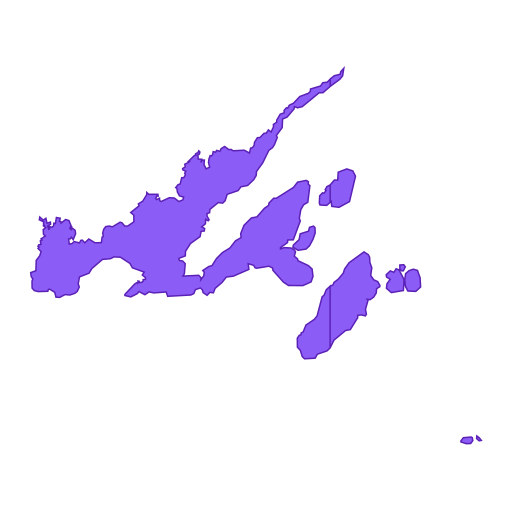 Cakaudrove, Northern, Fiji (Robinson projection)
{"feature_id": "14151628B95966095088914", "entity_name": "Cakaudrove", "entity_type": "district", "adm_level": 2, "iso_a3": "FJI", "parent_name": "Fiji", "parent_adm1": "Northern", "projection": "robinson", "projection_center": [179.503, -16.697], "detail": "fine", "context": "isolated", "style": "filled", "palette": "violet", "viewbox_px": 512, "rotation_deg": 0, "n_neighbors": 0, "source": "geoboundaries", "source_scale": "gbopen_adm2", "svg_char_len": 6038}
<svg xmlns="http://www.w3.org/2000/svg" viewBox="0 0 512 512"><path d="M56.0,297.2L59.7,297.4L65.0,294.6L69.9,295.0L74.9,293.3L77.2,291.5L79.3,287.0L78.2,283.9L79.5,276.9L89.0,273.2L91.9,268.5L102.5,259.4L110.4,258.7L114.0,256.9L120.4,257.2L129.9,263.4L132.4,267.8L144.2,272.1L142.3,275.0L145.5,277.7L145.4,279.4L143.1,279.6L143.1,281.3L141.9,282.3L136.7,282.7L134.7,284.0L124.9,294.4L124.9,295.5L130.8,296.9L137.2,293.7L139.0,291.6L144.9,294.7L149.1,291.9L153.6,292.9L166.2,292.0L167.7,296.3L190.9,295.0L193.8,293.6L195.4,289.6L200.4,288.0L202.4,289.9L203.1,292.6L207.1,295.3L209.8,292.4L213.4,292.8L215.1,288.4L222.1,282.4L226.4,277.0L233.2,276.2L248.9,269.4L248.2,263.7L253.6,265.3L255.2,267.9L256.9,268.2L269.0,266.2L272.7,268.1L272.9,270.3L283.4,282.1L288.5,285.5L302.9,285.6L311.1,281.9L313.0,276.4L312.1,269.0L308.4,265.6L298.0,260.7L297.5,258.8L294.3,256.2L295.5,251.8L294.4,250.0L291.0,248.0L284.3,247.6L280.5,248.9L280.5,247.6L287.5,242.6L287.7,240.0L293.3,239.8L300.3,220.9L299.3,218.4L300.8,209.7L303.6,204.8L307.8,202.3L309.9,185.6L308.3,184.3L308.4,181.7L306.2,180.4L297.6,182.1L293.5,187.4L276.3,198.3L273.7,198.2L269.0,203.0L268.5,205.5L264.5,208.2L256.9,216.9L251.4,217.9L244.0,225.3L240.7,233.6L241.1,237.6L235.5,240.8L230.0,247.9L222.4,252.6L216.5,258.5L212.0,265.6L208.8,266.5L202.8,270.5L204.3,272.3L203.7,275.9L200.8,279.8L201.0,277.7L198.7,275.3L183.0,276.1L184.4,273.6L185.2,263.7L182.7,261.0L179.5,260.5L178.9,259.3L179.0,258.3L185.3,255.9L185.5,251.3L190.5,243.5L200.1,236.6L201.1,231.3L204.3,231.0L204.6,228.5L201.7,226.9L205.4,223.8L205.7,219.3L208.2,220.8L209.1,219.8L207.1,216.2L207.0,213.6L209.6,212.7L209.9,209.4L218.2,202.6L222.7,203.1L225.1,200.8L227.2,194.3L238.1,190.6L240.9,186.8L247.6,185.5L253.7,179.7L256.2,175.5L256.5,171.5L262.7,162.9L268.9,150.3L272.5,147.7L274.5,144.5L277.3,137.4L276.3,135.6L282.2,127.6L282.6,119.0L287.1,117.1L294.0,109.0L294.5,106.6L297.5,107.8L302.2,106.7L319.1,92.8L323.0,92.7L330.2,86.4L330.2,79.1L327.2,82.2L322.8,82.7L320.5,86.0L310.5,89.0L310.3,91.4L308.5,93.2L299.8,96.5L293.5,103.2L289.3,105.2L287.7,108.1L286.4,107.8L284.1,110.4L284.2,112.8L280.2,114.2L276.8,120.0L276.6,122.3L273.4,124.4L273.5,126.8L271.1,132.0L268.4,129.9L266.3,133.1L263.9,133.4L260.0,137.5L257.4,137.7L254.5,142.3L254.1,145.4L252.4,147.7L250.6,148.1L249.5,153.0L244.2,150.2L233.2,150.8L231.0,149.4L228.9,149.6L224.6,146.5L221.1,148.7L219.9,151.3L216.6,150.4L215.6,152.2L213.2,151.6L212.6,154.6L211.2,156.0L210.1,155.6L208.9,159.1L208.5,162.7L209.7,167.2L206.1,168.8L204.0,164.6L204.4,160.1L202.2,160.1L200.9,162.5L201.8,159.3L198.2,159.1L197.9,154.9L199.4,154.1L199.9,152.0L198.8,150.8L197.9,152.6L195.6,153.8L195.8,155.3L194.5,155.4L188.4,161.4L189.4,161.5L188.6,162.4L184.8,164.2L185.2,166.9L182.6,168.6L182.8,169.8L185.8,171.3L184.7,173.2L185.4,175.0L183.7,177.7L181.7,177.7L180.2,183.9L177.9,184.8L175.7,187.6L176.9,188.5L177.4,192.1L179.5,195.9L183.7,197.1L182.8,199.9L178.8,201.5L174.3,198.0L169.3,197.7L161.2,201.5L159.7,200.7L159.5,198.2L156.6,199.6L155.7,198.5L156.8,195.9L158.1,196.2L157.9,194.3L148.7,194.3L146.8,192.5L146.7,194.7L142.8,201.1L138.3,203.9L139.1,205.8L130.7,212.5L133.8,215.2L133.9,221.8L127.6,226.1L124.7,226.0L122.0,222.8L120.1,222.2L112.3,226.9L109.3,226.0L105.7,226.6L103.7,229.3L102.7,233.1L103.3,236.5L102.1,237.1L101.4,242.6L95.0,242.8L88.8,239.0L84.8,242.8L82.3,240.1L80.8,240.4L79.5,242.9L74.2,241.6L72.0,243.6L69.3,244.1L68.6,238.9L70.1,238.9L71.5,237.2L73.2,239.7L75.6,233.7L75.1,230.3L72.3,228.1L71.4,229.7L70.0,228.7L71.3,226.9L70.4,226.9L71.1,225.8L69.0,220.6L65.6,219.5L61.1,223.1L60.9,221.7L59.5,221.4L60.2,218.2L56.4,217.5L55.4,223.5L53.8,223.2L53.7,225.8L51.8,227.3L49.4,226.5L49.5,228.9L48.8,229.3L47.7,225.8L50.6,224.3L50.4,222.1L47.0,223.2L45.9,218.3L43.2,220.1L39.8,217.0L39.3,219.8L43.9,222.0L43.4,224.0L44.3,225.4L43.5,225.9L45.8,227.5L43.2,229.6L43.5,234.4L45.3,236.0L41.0,238.9L42.0,240.0L40.3,240.9L41.0,244.4L38.7,244.8L38.0,246.4L39.1,247.1L38.0,248.4L41.1,251.6L39.7,255.8L36.2,260.4L35.9,270.7L30.7,272.6L31.2,276.5L32.8,279.0L32.0,281.0L32.1,288.1L34.3,290.6L38.2,291.6L47.8,291.3L48.4,289.4L49.7,289.2L54.7,292.3L56.0,297.2ZM373.7,297.1L376.2,293.1L376.6,288.7L379.8,286.7L379.9,285.4L377.7,281.6L373.7,279.8L370.7,275.4L371.8,267.8L369.9,262.5L369.6,257.2L368.3,254.7L364.0,251.9L349.1,262.7L344.6,269.0L343.3,273.1L338.2,279.2L333.9,282.5L333.1,284.8L330.1,286.2L330.1,347.9L334.0,340.1L345.6,330.5L350.3,329.6L357.7,317.7L357.7,315.4L361.2,314.9L365.4,315.9L366.4,314.3L365.5,309.2L368.0,300.4L367.2,299.3L370.0,299.7L373.7,297.1ZM330.1,286.2L326.3,289.7L324.1,295.1L322.1,296.9L317.1,315.9L314.4,319.3L306.0,325.0L303.1,332.0L301.2,332.9L300.9,334.9L299.3,335.2L297.3,338.2L297.4,347.2L300.3,350.3L302.3,356.7L304.6,358.8L315.1,358.2L317.4,354.2L327.2,350.8L330.1,347.9L330.1,286.2ZM355.5,176.2L352.8,170.9L346.8,168.9L338.2,172.2L337.7,180.1L334.4,180.0L330.2,184.9L330.2,202.3L331.2,201.4L331.8,206.4L339.0,207.3L349.5,201.6L355.5,176.2ZM404.1,279.6L399.0,269.8L396.1,268.8L393.9,272.3L390.3,270.9L386.2,274.7L386.5,277.0L390.2,279.3L387.0,283.7L386.4,288.3L391.4,292.6L403.4,290.5L404.1,279.6ZM415.8,291.4L420.6,287.0L420.1,277.8L417.5,270.4L413.3,269.2L409.1,270.6L405.6,273.6L404.7,280.3L405.5,286.5L407.8,291.0L415.8,291.4ZM315.0,227.6L313.5,226.1L309.5,227.3L308.5,231.2L300.2,233.8L299.1,239.6L293.4,245.0L292.9,247.2L298.1,250.3L306.0,249.1L309.5,245.8L313.0,239.3L315.2,233.0L315.0,227.6ZM330.2,184.9L326.9,186.6L325.2,189.7L326.1,190.4L324.1,193.2L322.5,192.8L319.7,195.8L319.3,203.0L320.0,205.0L326.7,205.4L330.2,202.3L330.2,184.9ZM330.2,79.1L330.2,86.4L339.8,79.3L342.6,75.9L343.8,68.3L340.8,71.6L340.1,74.3L334.3,75.7L330.2,79.1ZM470.7,443.5L472.8,440.6L472.3,437.7L471.1,437.0L463.4,437.7L460.9,440.9L461.0,442.0L466.5,443.7L470.7,443.5ZM403.4,270.8L405.3,266.8L403.7,264.7L399.8,265.0L399.9,269.2L401.8,270.9L403.4,270.8ZM481.3,440.4L479.2,437.7L476.8,436.0L476.6,438.6L479.1,440.8L481.3,440.4ZM139.9,281.5L138.0,281.0L138.1,282.4L138.7,281.2L139.9,281.5Z" fill="#8b5cf6" stroke="#5b21b6" stroke-width="1.5"/></svg>